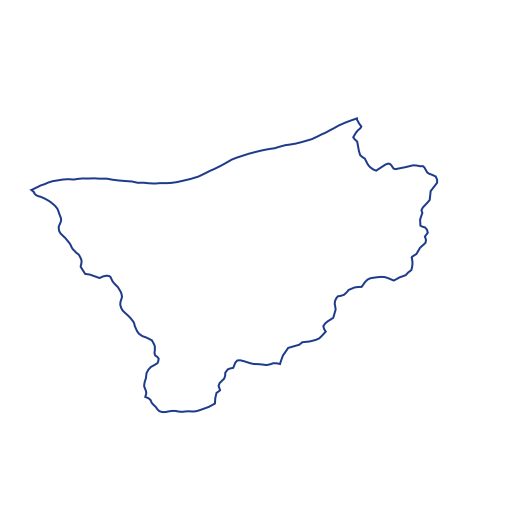 Khop, Xaignabouri, Laos, rotated 253°
{"feature_id": "54806243B3164582254678", "entity_name": "Khop", "entity_type": "district", "adm_level": 2, "iso_a3": "LAO", "parent_name": "Laos", "parent_adm1": "Xaignabouri", "projection": "equal_earth", "projection_center": [100.561, 19.666], "detail": "fine", "context": "isolated", "style": "outline", "palette": "blue", "viewbox_px": 512, "rotation_deg": 253, "n_neighbors": 0, "source": "geoboundaries", "source_scale": "gbopen_adm2", "svg_char_len": 4289}
<svg xmlns="http://www.w3.org/2000/svg" viewBox="0 0 512 512"><g transform="rotate(253 256 256)"><path d="M358.1,392.8L358.0,390.9L357.9,387.9L357.7,384.3L357.4,379.7L356.6,373.2L355.4,367.8L354.6,363.4L353.6,358.7L353.1,354.1L352.4,350.3L351.4,343.4L351.5,337.7L351.6,332.3L351.9,326.6L352.8,320.0L353.4,316.6L353.6,311.0L353.6,305.1L354.2,301.7L354.8,297.0L355.3,291.7L355.6,286.6L355.9,279.2L355.8,272.3L355.7,266.4L355.3,261.0L353.9,255.0L353.9,254.8L353.8,254.6L352.5,248.4L351.4,241.6L350.9,237.0L349.7,230.1L348.8,224.1L348.8,216.1L349.3,208.6L349.8,201.9L350.7,196.2L351.7,192.2L353.7,185.7L354.9,180.3L356.8,175.0L358.9,170.0L360.6,164.3L363.6,159.0L365.8,153.2L368.3,146.9L371.0,140.9L373.6,135.9L375.8,128.7L377.5,124.2L379.5,116.9L380.8,113.1L381.8,108.3L382.4,104.1L384.4,98.8L385.6,93.6L386.4,87.7L387.0,83.6L387.0,79.0L386.5,75.0L386.4,70.6L385.7,66.6L385.3,63.9L384.9,61.7L384.8,60.5L383.8,61.2L382.7,61.8L381.9,62.4L380.6,62.4L379.7,62.8L378.8,63.3L378.1,63.9L376.9,65.3L375.4,67.6L374.9,68.2L374.3,68.9L372.8,70.6L371.0,72.4L368.7,74.5L367.4,75.5L364.7,77.3L362.5,78.6L359.2,79.9L356.8,80.1L354.8,80.2L353.5,80.2L352.6,80.3L350.9,80.4L349.3,80.5L347.1,80.1L345.4,79.0L343.6,77.5L343.0,76.9L342.4,76.5L341.8,76.0L340.7,75.6L339.2,75.3L338.1,75.1L337.1,75.1L336.1,75.4L334.6,75.7L333.2,76.5L330.8,77.8L329.2,78.8L327.9,79.3L326.3,80.0L324.0,80.9L322.6,81.5L321.1,81.8L320.0,82.1L318.8,82.1L318.2,82.3L317.5,82.4L315.6,83.0L315.4,83.1L314.7,83.6L311.6,85.1L310.7,85.8L309.5,86.7L308.2,87.2L306.6,87.4L305.6,87.7L303.6,87.8L302.4,87.8L300.9,87.2L299.1,86.4L297.8,85.5L296.8,85.2L288.8,87.4L286.8,91.7L280.7,99.9L281.2,104.1L280.8,107.6L279.7,109.8L278.5,110.7L274.3,111.3L271.6,112.2L266.4,114.9L264.3,115.4L261.5,116.1L258.8,116.3L256.1,115.9L254.8,115.1L251.6,112.9L248.9,111.9L245.8,111.9L242.9,112.5L240.3,113.9L235.6,116.7L232.7,118.1L229.0,119.5L227.4,119.8L224.3,119.6L218.9,120.3L215.8,121.4L212.6,123.9L210.4,126.9L208.8,128.7L208.7,128.8L205.7,131.8L202.4,132.5L199.4,132.9L196.0,131.9L192.7,130.5L190.4,130.5L188.1,132.3L186.2,132.9L183.5,131.5L182.3,130.3L181.6,127.7L180.6,123.0L178.8,119.9L175.9,117.0L171.3,115.0L167.9,112.6L164.5,111.0L162.4,111.0L159.0,111.3L156.7,110.9L153.6,108.9L151.3,111.7L148.9,113.1L146.2,113.3L143.5,114.5L141.0,116.0L138.4,116.8L136.0,118.1L134.2,120.6L133.2,123.9L132.9,127.3L132.4,130.5L131.3,133.9L129.7,136.8L128.5,140.1L127.9,143.4L127.1,146.6L125.8,149.9L125.1,153.0L125.0,156.5L125.3,163.2L125.5,166.7L126.2,170.2L126.9,173.6L132.0,175.5L136.6,178.2L137.7,181.5L138.2,182.4L140.0,182.3L142.9,182.3L145.2,184.2L148.1,189.8L150.7,191.6L153.4,192.5L155.1,194.9L155.8,195.8L156.0,198.5L155.7,201.5L160.1,205.1L161.5,207.4L161.4,208.4L160.9,210.4L158.8,213.9L156.9,216.6L155.0,219.4L153.5,222.0L152.4,225.2L151.2,228.4L149.8,231.6L148.6,234.2L148.3,237.8L148.4,241.2L147.3,244.5L145.7,247.4L148.1,249.0L152.9,252.6L154.6,254.7L154.6,254.8L154.8,255.0L157.0,257.8L158.7,259.9L158.6,266.3L158.5,271.4L160.0,275.1L159.3,278.6L158.6,282.2L158.4,285.7L158.3,288.7L158.7,292.3L160.1,295.1L163.3,300.6L166.3,299.8L169.3,299.9L171.3,302.5L172.5,305.3L174.3,311.8L181.5,316.5L184.5,317.0L187.3,317.3L189.8,318.4L191.9,320.2L193.5,322.4L193.1,325.4L193.2,328.9L194.7,332.0L196.5,334.8L197.1,341.2L196.5,344.6L195.6,348.0L199.3,352.8L200.8,355.7L201.3,358.9L200.8,362.5L200.2,366.0L199.5,369.3L198.4,372.6L196.7,375.2L194.5,377.9L192.3,380.5L192.8,383.6L193.6,387.0L193.7,390.1L193.9,393.6L195.8,396.8L197.1,400.4L199.5,401.9L202.1,403.1L204.7,403.9L207.5,404.3L208.7,404.4L208.7,404.5L208.8,404.5L209.7,405.1L211.0,410.0L215.9,415.3L219.0,421.9L221.7,423.3L225.2,423.2L228.1,427.1L231.2,427.2L233.9,426.0L235.7,423.3L237.0,422.1L242.9,423.6L248.6,427.7L251.4,427.6L253.6,429.7L257.5,436.5L258.8,438.5L267.0,442.0L271.0,447.7L273.1,450.6L276.0,451.5L279.5,451.1L282.1,448.2L283.9,445.8L285.7,444.2L291.4,442.9L293.0,442.0L293.9,439.1L295.6,436.0L296.8,432.8L297.3,424.3L298.2,415.8L298.3,414.7L299.4,413.1L303.3,411.9L305.0,410.9L305.7,409.5L305.6,406.5L302.5,395.9L304.1,393.8L307.5,391.1L310.8,389.7L314.7,389.0L317.4,388.5L319.7,386.5L322.1,385.1L326.1,385.1L335.8,386.2L339.0,384.4L341.1,383.7L344.6,387.5L346.3,390.0L347.6,393.0L349.0,394.6L352.3,393.4L356.5,392.5L358.1,392.8Z" fill="none" stroke="#1e3a8a" stroke-width="2"/></g></svg>